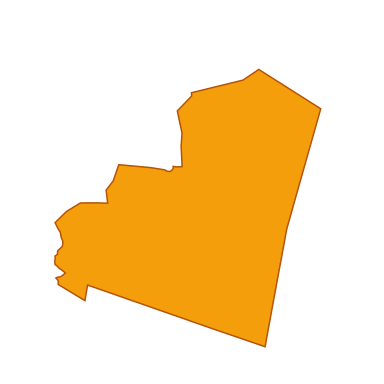 outline of Milton Brandão, Piauí, Brazil, rotated 109°
{"feature_id": "56859067B37808901206920", "entity_name": "Milton Brandão", "entity_type": "district", "adm_level": 2, "iso_a3": "BRA", "parent_name": "Brazil", "parent_adm1": "Piauí", "projection": "equal_earth", "projection_center": [-41.443, -4.721], "detail": "fine", "context": "isolated", "style": "filled", "palette": "amber", "viewbox_px": 384, "rotation_deg": 109, "n_neighbors": 0, "source": "geoboundaries", "source_scale": "gbopen_adm2", "svg_char_len": 972}
<svg xmlns="http://www.w3.org/2000/svg" viewBox="0 0 384 384"><g transform="rotate(109 192 192)"><path d="M329.6,257.9L314.0,260.4L314.6,125.7L314.5,72.5L289.7,76.3L239.4,83.9L210.9,88.1L206.5,88.8L197.0,90.3L156.9,92.6L79.8,96.9L71.4,97.4L54.4,168.8L69.6,180.2L96.2,221.6L98.3,224.8L101.4,223.6L120.1,232.3L139.6,220.6L149.9,217.8L151.7,217.4L171.2,209.6L173.3,214.8L174.0,218.2L175.5,217.4L177.5,217.9L179.8,219.4L180.5,222.6L179.9,224.8L182.3,238.5L183.1,241.9L190.0,270.1L195.4,270.1L207.0,270.1L218.2,273.8L230.0,268.1L233.6,279.5L238.7,294.0L251.2,304.3L265.6,311.5L270.3,306.7L273.0,303.4L275.1,302.2L277.7,300.8L280.3,298.3L282.6,297.4L285.7,296.9L289.6,299.0L291.3,299.8L293.1,299.5L294.7,298.9L297.2,300.7L299.7,299.6L303.2,298.9L305.1,297.9L306.1,295.1L307.4,292.7L308.0,290.4L309.0,287.4L309.8,285.4L313.9,287.8L315.5,289.5L316.4,291.6L317.7,292.7L318.7,290.6L320.0,289.3L323.0,288.4L329.6,257.9Z" fill="#f59e0b" stroke="#b45309" stroke-width="1.5"/></g></svg>